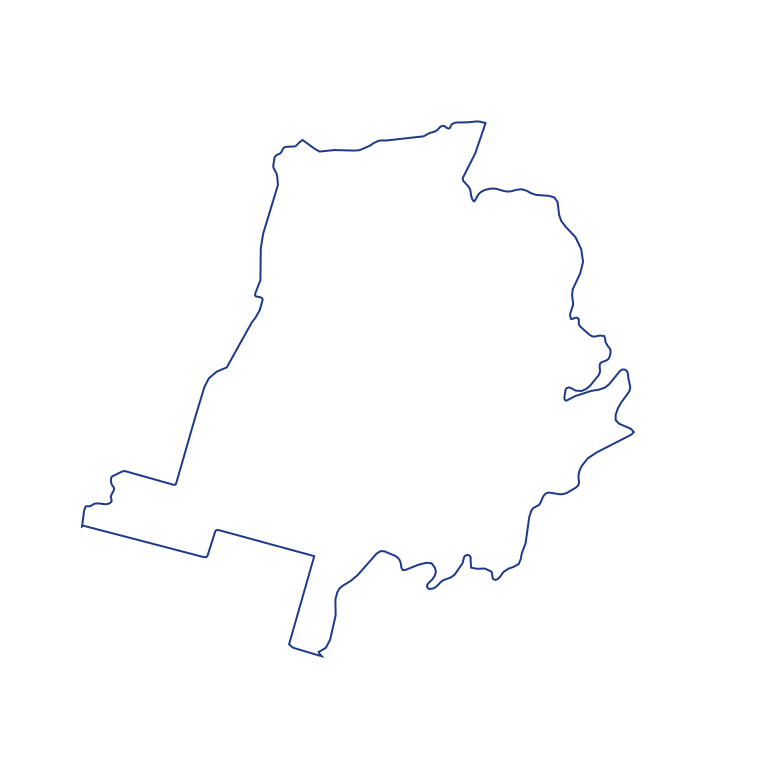 outline of Tashauz, rotated 106°
{"feature_id": "TKM-353", "entity_name": "Tashauz", "entity_type": "Province", "adm_level": 1, "iso_a3": "TKM", "parent_name": "Turkmenistan", "parent_adm1": "", "projection": "robinson", "projection_center": [58.681, 41.132], "detail": "fine", "context": "isolated", "style": "outline", "palette": "blue", "viewbox_px": 768, "rotation_deg": 106, "n_neighbors": 0, "source": "natural_earth", "source_scale": "10m", "svg_char_len": 4294}
<svg xmlns="http://www.w3.org/2000/svg" viewBox="0 0 768 768"><g transform="rotate(106 384 384)"><path d="M361.4,130.6L364.4,132.2L391.1,160.7L399.4,167.7L408.1,171.3L413.6,172.2L417.3,172.0L420.8,171.1L424.4,169.5L427.6,169.2L430.6,170.9L438.5,178.4L440.2,181.0L441.4,183.9L442.9,195.6L444.6,198.3L448.1,200.0L454.4,200.7L457.4,201.6L462.3,206.5L465.4,207.5L471.8,207.7L498.0,204.0L508.8,204.9L514.3,204.3L520.0,204.9L523.9,208.8L527.4,213.7L531.7,217.3L537.3,219.3L540.1,220.9L541.7,222.9L541.3,225.4L539.2,226.8L536.7,227.7L534.7,229.1L533.6,236.2L536.0,243.7L536.5,249.7L529.1,252.3L526.8,252.9L525.4,254.4L525.2,256.4L526.6,258.6L528.4,259.3L534.8,259.1L547.9,263.6L551.6,266.5L554.5,270.5L555.9,272.5L557.8,274.3L563.7,277.5L565.5,278.8L567.0,280.6L568.2,282.7L568.5,284.9L567.0,286.8L565.1,287.1L562.6,286.1L558.3,283.6L553.6,282.2L549.7,282.5L546.3,284.7L543.2,288.9L544.3,294.2L548.2,301.0L556.6,311.8L557.7,314.6L556.0,316.5L550.9,318.9L548.8,320.6L547.2,322.8L546.2,325.4L544.7,337.6L545.6,341.2L549.1,344.4L562.8,350.9L574.9,356.6L582.4,361.7L589.2,368.0L592.8,370.4L597.2,371.5L604.7,371.3L619.7,366.7L644.8,365.3L653.6,367.2L659.6,372.9L660.4,372.3L661.2,371.5L662.8,368.9L662.9,371.8L662.6,398.1L661.9,400.5L660.3,403.5L569.7,403.6L568.7,403.8L570.0,502.5L570.3,504.2L571.0,505.2L572.6,505.6L597.5,506.3L599.2,506.9L599.8,508.5L600.1,510.4L601.2,556.4L602.4,605.7L603.1,634.0L604.2,635.0L588.0,637.4L584.0,637.0L583.6,636.3L583.1,634.9L582.7,633.2L582.4,632.7L581.1,631.4L579.9,630.4L579.2,629.6L578.7,628.9L578.3,628.2L577.3,624.6L576.5,619.2L576.1,617.8L575.6,616.9L575.0,615.8L573.5,614.3L572.4,613.7L571.5,613.6L570.7,613.9L568.1,615.4L566.9,615.5L565.2,615.4L561.7,614.6L560.0,614.5L558.7,614.6L558.1,615.1L557.6,615.6L556.1,617.6L555.5,618.1L554.9,618.6L553.5,619.3L552.0,619.9L549.5,620.4L548.5,620.2L547.7,619.8L540.4,611.7L539.5,610.3L539.1,608.4L538.9,559.0L538.6,557.3L537.9,556.6L536.3,556.4L467.8,556.3L436.2,555.8L426.8,553.9L419.3,549.0L417.7,547.6L411.4,539.7L361.4,528.1L355.8,525.9L347.4,523.8L337.5,523.8L336.5,523.9L335.9,524.2L335.4,524.7L335.0,525.3L334.8,526.2L334.7,527.0L335.1,530.9L334.9,531.7L334.3,532.4L331.9,532.7L318.3,531.4L287.7,539.8L273.0,541.6L222.1,540.8L214.2,543.7L211.3,545.3L206.7,549.8L205.7,550.3L204.8,550.6L197.0,551.6L195.7,551.5L194.9,551.1L194.1,550.7L193.5,550.2L193.0,549.7L192.2,548.7L191.2,547.6L190.5,547.1L189.8,546.8L185.1,545.7L184.4,545.3L183.9,544.8L183.4,544.2L182.6,542.4L180.6,536.1L180.0,535.2L179.1,534.1L175.5,532.2L171.9,529.6L177.2,514.9L178.3,510.0L172.8,496.2L167.7,476.5L166.0,472.0L158.9,463.3L155.2,460.3L152.2,456.8L151.3,455.3L150.8,454.2L149.3,448.9L135.1,414.5L134.7,413.9L130.8,410.1L127.1,404.6L125.5,403.0L124.6,402.4L122.1,401.2L121.1,400.5L119.9,399.3L119.5,398.3L119.4,397.3L119.7,396.3L120.4,394.5L120.6,393.4L120.6,392.2L119.9,391.4L119.4,391.1L117.8,391.0L116.7,390.8L115.6,390.3L114.3,389.2L113.5,388.0L112.5,385.9L109.4,375.7L106.1,367.4L105.4,364.4L105.2,358.3L109.7,358.5L137.5,359.9L149.3,362.2L164.5,365.1L166.9,363.8L170.8,357.4L173.3,354.7L179.1,352.1L181.8,350.3L183.2,348.8L183.5,347.7L182.5,347.1L176.3,345.7L174.4,344.8L172.6,343.6L169.9,340.8L167.6,337.0L165.9,332.8L165.4,328.6L165.5,323.2L165.1,318.8L163.7,314.8L161.0,310.6L158.8,305.1L158.9,300.3L160.0,295.4L160.3,289.7L157.7,277.6L157.7,271.7L161.3,267.3L173.3,262.2L178.4,258.6L183.1,252.3L190.0,240.5L200.0,231.6L211.7,226.3L223.7,225.9L241.2,228.7L247.0,227.6L253.9,224.6L256.3,224.0L264.7,224.4L267.1,223.9L269.9,222.1L269.5,220.6L267.9,219.0L267.0,216.6L268.0,214.6L272.8,213.2L274.6,211.4L279.7,200.8L280.8,197.3L280.5,194.9L277.9,189.7L277.2,185.6L279.3,184.0L282.7,182.6L285.9,179.3L287.0,177.5L288.3,176.0L290.6,175.1L293.3,174.6L296.1,174.7L298.5,175.4L300.3,177.0L303.1,180.9L305.1,181.9L307.1,181.8L311.6,180.0L313.8,179.7L316.5,180.1L328.8,185.4L333.0,188.2L336.2,192.1L337.5,197.6L337.0,200.3L336.4,203.0L336.3,205.3L337.8,207.4L339.8,207.9L347.8,206.8L349.3,205.9L349.8,204.7L349.2,203.3L347.8,202.1L342.8,196.7L333.6,183.1L330.3,176.0L326.5,170.6L322.2,167.5L306.7,160.9L304.4,159.0L303.7,156.1L304.8,153.8L307.1,152.3L311.7,150.4L318.3,146.8L320.6,146.1L323.7,146.2L337.0,151.1L343.3,152.5L349.7,152.8L354.8,151.4L357.4,147.0L359.1,134.1L361.4,130.6Z" fill="none" stroke="#1e3a8a" stroke-width="2"/></g></svg>